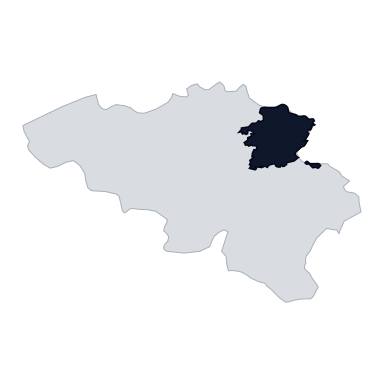 Limburg on a map of Belgium (Robinson projection)
{"feature_id": "BEL-3", "entity_name": "Limburg", "entity_type": "Province", "adm_level": 1, "iso_a3": "BEL", "parent_name": "Belgium", "parent_adm1": "", "projection": "robinson", "projection_center": [5.471, 50.993], "detail": "fine", "context": "in_parent", "style": "filled", "palette": "ink", "viewbox_px": 384, "rotation_deg": 0, "n_neighbors": 0, "source": "natural_earth", "source_scale": "10m", "svg_char_len": 3854}
<svg xmlns="http://www.w3.org/2000/svg" viewBox="0 0 384 384"><path d="M172.8,93.6L179.7,96.3L185.7,96.9L188.4,95.7L186.7,89.0L191.7,85.4L197.2,83.8L199.6,86.7L204.6,89.6L208.6,89.7L219.3,82.0L221.8,83.5L224.1,86.2L224.5,88.4L225.0,90.7L227.3,91.7L235.8,91.2L240.0,87.0L243.4,84.4L245.9,86.2L247.1,91.3L249.4,98.0L259.4,105.4L267.9,107.6L278.3,106.1L282.5,104.8L285.3,105.9L288.1,109.8L294.1,114.3L306.7,117.5L310.6,119.4L313.3,122.4L312.5,126.7L306.5,137.5L305.7,140.7L306.5,141.8L305.3,143.8L297.5,151.0L296.8,153.6L299.4,157.7L301.6,161.2L306.3,162.9L310.7,163.4L319.1,163.6L328.0,163.9L329.1,165.9L339.1,171.7L342.2,176.4L349.5,180.9L343.5,186.5L344.4,189.1L346.6,191.7L354.7,193.2L358.8,196.9L359.1,202.6L361.0,211.9L344.3,221.1L339.5,231.4L339.1,233.5L338.6,233.2L336.7,229.8L333.6,229.8L326.7,228.4L317.0,237.7L312.7,245.4L310.1,251.2L306.2,255.9L305.4,260.9L305.9,263.0L304.6,265.6L304.5,268.5L310.1,274.0L311.5,277.1L318.3,286.9L316.2,290.5L314.5,294.4L312.6,297.2L310.3,298.9L303.3,298.8L294.3,300.1L288.3,302.0L285.2,302.0L278.7,297.1L271.5,289.7L267.0,286.2L264.9,283.2L259.2,281.9L251.2,278.3L245.6,274.3L240.8,271.8L234.0,270.6L228.4,270.7L226.8,264.1L226.1,256.5L221.6,251.4L227.9,231.8L224.2,229.9L220.2,231.5L214.3,236.1L211.5,241.7L209.8,246.6L199.9,251.3L184.2,253.1L167.2,251.3L164.8,250.1L163.7,248.6L163.7,246.8L164.9,244.2L167.9,241.0L168.7,236.4L165.7,232.5L163.7,230.9L164.5,227.1L166.8,222.3L167.3,219.6L155.8,211.3L147.5,209.7L139.4,209.4L133.3,208.5L129.7,208.9L127.1,211.3L124.4,213.0L122.5,210.9L119.1,196.3L116.3,194.1L105.9,191.6L91.7,190.7L88.0,188.1L86.0,181.5L84.8,173.5L80.2,165.9L77.9,164.0L73.7,160.7L66.3,162.1L57.3,166.5L52.0,167.7L50.0,168.1L43.0,163.9L35.2,157.1L28.9,150.0L27.5,146.0L29.5,141.2L27.2,137.5L23.9,130.8L23.0,125.5L61.6,106.9L85.0,97.4L96.0,94.5L98.5,104.1L100.4,107.1L103.0,109.1L106.5,109.5L110.5,107.1L116.0,104.6L124.9,105.8L131.4,108.1L133.7,110.5L137.9,112.8L144.2,113.3L156.3,109.0L168.0,102.3L171.5,97.7L172.8,93.6Z" fill="#d9dde1" stroke="#a8b0b8" stroke-width="1"/><path d="M289.0,112.3L290.5,113.3L295.5,114.5L296.7,115.2L297.5,115.9L298.5,116.5L300.0,116.5L303.7,115.9L304.8,116.0L306.2,116.6L308.1,118.7L309.2,119.4L311.9,118.9L313.4,119.0L314.2,120.4L314.4,120.9L313.2,121.9L312.9,123.2L314.9,124.8L314.1,125.3L313.2,125.6L312.3,125.7L311.3,125.6L311.5,126.4L311.7,126.7L311.9,127.2L311.3,128.7L310.8,129.5L310.1,130.2L309.1,129.5L308.4,129.9L307.9,130.9L307.7,132.4L308.9,133.7L307.5,136.4L304.1,140.8L306.0,140.3L306.9,140.4L307.7,140.8L306.7,142.1L305.2,144.7L304.1,146.0L303.7,146.3L302.7,146.6L301.6,146.9L295.3,152.6L295.5,155.0L296.9,156.7L298.4,157.5L294.1,161.0L286.5,162.8L286.6,164.6L284.2,166.3L282.8,166.5L281.1,165.0L280.4,167.0L278.4,167.1L276.1,166.4L275.0,164.2L273.8,163.8L269.7,164.9L268.0,166.2L267.5,167.4L264.7,166.2L261.9,167.6L261.3,166.3L260.6,167.4L255.4,166.8L256.4,168.7L255.2,169.8L249.4,168.4L251.1,165.5L249.4,164.7L250.6,162.4L249.8,160.4L253.8,157.1L251.9,156.6L252.5,152.8L254.0,149.6L255.7,150.1L256.1,149.7L256.9,146.6L255.6,145.8L252.5,145.7L252.2,144.8L248.8,146.1L247.4,144.8L245.9,145.3L245.3,145.0L244.2,142.6L247.7,140.1L247.8,137.6L251.5,136.3L250.9,133.7L251.8,133.5L252.2,134.4L254.5,133.7L252.1,131.3L250.1,130.5L247.7,130.8L247.7,133.6L246.1,134.4L244.3,133.5L242.5,134.0L241.1,131.8L238.9,132.3L241.4,129.5L241.4,128.0L248.5,126.9L252.0,123.3L256.4,123.1L258.4,120.8L261.3,121.5L263.5,119.9L263.2,115.4L259.6,112.8L260.6,108.6L261.6,107.9L264.4,107.3L274.8,107.7L276.6,107.1L280.3,105.1L282.0,104.4L283.9,104.6L286.0,105.6L287.6,107.3L288.2,109.5L288.5,112.0L289.0,112.3ZM306.8,161.3L307.6,161.6L309.5,163.2L310.4,163.7L318.0,163.5L319.0,163.8L320.7,165.5L318.6,168.0L317.9,168.2L315.7,167.4L312.6,167.7L308.8,163.8L306.6,164.3L305.3,163.2L305.0,162.9L306.0,161.8L306.8,161.3Z" fill="#0f172a" stroke="#020617" stroke-width="1.5"/></svg>